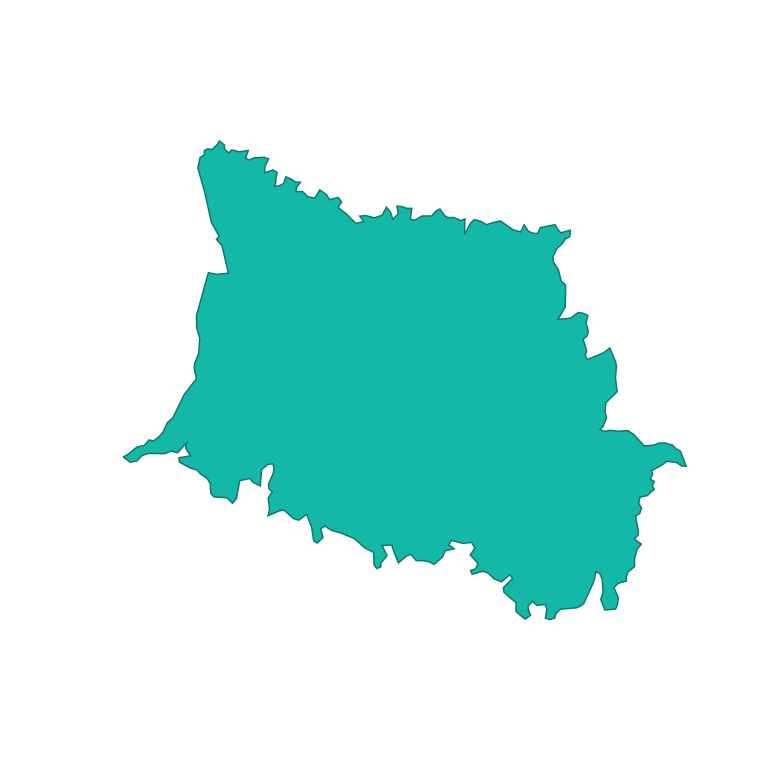 Jari, Rio Grande do Sul, Brazil, rotated 255°
{"feature_id": "56859067B68969944095338", "entity_name": "Jari", "entity_type": "district", "adm_level": 2, "iso_a3": "BRA", "parent_name": "Brazil", "parent_adm1": "Rio Grande do Sul", "projection": "robinson", "projection_center": [-54.306, -29.276], "detail": "fine", "context": "isolated", "style": "filled", "palette": "teal", "viewbox_px": 768, "rotation_deg": 255, "n_neighbors": 0, "source": "geoboundaries", "source_scale": "gbopen_adm2", "svg_char_len": 3951}
<svg xmlns="http://www.w3.org/2000/svg" viewBox="0 0 768 768"><g transform="rotate(255 384 384)"><path d="M226.4,654.6L242.4,653.0L246.1,649.1L250.4,646.8L254.3,640.1L255.8,634.5L255.1,629.0L256.8,619.4L270.7,612.1L275.9,607.4L277.8,597.8L280.8,590.4L281.2,584.7L284.1,580.9L286.2,584.5L293.4,590.1L300.8,590.5L308.6,593.6L316.3,607.3L330.4,609.2L340.6,613.1L345.6,613.5L360.3,611.4L357.5,604.8L356.3,596.9L355.1,586.8L359.1,585.7L364.0,588.4L375.6,587.9L377.8,592.5L381.9,595.0L390.8,595.0L397.5,598.7L400.9,594.5L402.8,590.1L400.9,585.2L399.3,581.3L401.3,568.7L411.5,579.0L427.2,583.6L432.5,585.0L437.7,581.8L449.0,582.0L458.1,579.3L463.1,579.9L466.6,583.2L469.7,585.4L473.6,592.7L477.3,596.8L478.2,601.6L484.3,603.8L484.3,593.9L488.4,591.8L493.6,590.5L494.6,575.4L489.5,571.3L491.2,566.7L494.0,563.1L501.4,560.5L495.5,555.3L499.8,548.4L511.4,538.6L511.6,531.8L511.4,524.2L516.5,519.0L519.4,513.7L516.9,509.2L507.6,500.5L518.5,503.7L522.5,505.0L521.9,500.7L526.8,494.3L528.3,488.6L531.2,485.9L538.6,483.4L537.6,478.8L534.0,473.6L536.5,464.0L534.2,456.4L536.3,452.1L546.5,456.2L547.6,451.8L551.0,446.6L552.4,442.5L544.6,441.8L540.9,435.0L547.6,434.9L554.2,432.2L547.5,425.8L547.0,417.5L551.4,410.1L552.4,404.1L545.9,406.4L546.6,398.4L552.4,394.9L559.0,390.9L566.2,385.4L571.0,390.2L576.1,387.9L576.1,379.0L581.9,377.4L588.1,372.2L581.5,365.3L584.4,359.1L591.0,355.1L592.7,348.7L597.2,350.9L600.4,355.5L602.0,350.7L605.2,348.1L609.5,342.9L603.6,338.8L602.5,333.6L603.3,329.3L606.4,331.5L610.8,332.9L615.9,335.6L619.5,332.2L618.8,323.3L625.2,325.4L631.2,330.8L633.9,327.1L636.1,317.6L635.2,311.8L638.0,308.6L644.6,313.3L645.9,303.8L649.6,297.5L647.3,293.9L652.0,290.7L656.1,291.8L661.3,287.9L658.6,285.2L654.9,278.3L656.8,274.8L655.7,270.8L651.8,269.7L650.4,265.0L640.8,260.1L615.9,260.5L584.6,259.1L569.5,263.0L567.0,259.6L559.6,263.3L531.3,262.4L533.3,250.5L537.0,243.2L498.7,220.6L486.7,217.6L475.7,217.8L461.5,213.0L453.3,206.7L448.6,204.8L437.6,204.1L425.2,187.9L405.9,171.3L402.8,164.8L394.5,158.0L391.0,152.5L388.7,146.6L390.8,142.5L386.6,136.6L387.1,129.5L385.5,125.4L382.3,118.5L380.9,113.4L374.1,118.7L373.7,125.5L377.4,131.5L378.0,138.2L373.5,153.9L374.3,161.2L371.0,166.7L378.2,178.0L373.4,175.8L364.7,178.5L365.8,166.9L361.5,166.2L352.8,175.4L349.3,181.2L344.8,183.4L338.4,188.8L332.6,190.4L323.3,188.4L319.0,190.4L314.7,202.9L308.1,206.7L311.6,211.8L328.0,219.6L327.5,229.9L323.1,232.0L317.5,238.1L333.0,243.6L336.5,251.3L335.5,256.2L331.1,256.0L326.5,253.9L317.0,246.4L312.6,245.7L308.7,248.1L304.0,242.7L292.1,240.9L286.8,237.9L288.6,250.3L288.1,254.8L277.5,261.7L274.5,266.5L278.1,275.5L264.1,277.0L250.7,275.5L247.6,278.3L251.7,285.4L260.6,285.4L262.1,290.1L256.2,295.5L251.2,303.8L242.6,315.1L230.4,323.3L224.0,330.4L211.9,327.6L207.6,329.2L208.2,333.6L211.9,334.7L217.4,342.5L228.4,340.4L226.6,349.8L218.7,350.3L207.5,351.6L212.1,361.4L212.5,365.8L205.1,369.4L203.2,376.1L200.7,381.5L196.8,385.7L201.7,395.7L207.0,399.8L206.7,409.1L211.6,405.1L215.6,408.3L209.6,419.1L208.3,427.6L202.3,429.5L196.5,423.1L186.3,428.3L181.7,424.7L181.4,419.4L177.4,419.9L177.6,430.8L175.2,434.9L166.8,440.4L162.5,446.4L167.2,456.2L162.8,457.8L156.4,446.5L152.0,445.9L145.6,450.0L138.8,455.0L130.0,452.6L120.4,459.4L122.7,465.8L127.6,465.1L132.0,465.5L135.7,471.0L130.5,474.5L129.3,482.7L124.5,483.1L116.1,479.3L113.6,483.1L113.6,488.1L118.0,490.9L120.8,496.2L118.0,512.1L118.7,516.3L120.2,520.1L137.3,534.3L140.6,536.6L148.0,540.0L145.3,543.2L139.0,544.3L125.8,541.6L119.8,537.6L108.5,538.9L106.7,549.4L109.9,552.1L116.8,555.1L127.8,553.4L130.9,558.7L130.9,567.1L135.0,568.1L139.2,571.0L142.8,578.8L149.5,580.4L158.8,585.6L162.7,591.1L169.5,585.6L172.2,590.2L175.5,591.6L191.2,592.7L193.0,597.7L197.6,600.7L202.7,599.1L208.5,602.1L208.1,609.4L210.3,613.3L212.4,617.9L216.1,616.7L220.0,619.9L223.1,616.5L227.3,620.1L231.0,619.9L233.3,629.7L236.1,637.5L232.2,646.6L227.7,650.5L226.4,654.6Z" fill="#14b8a6" stroke="#0f766e" stroke-width="1.5"/></g></svg>